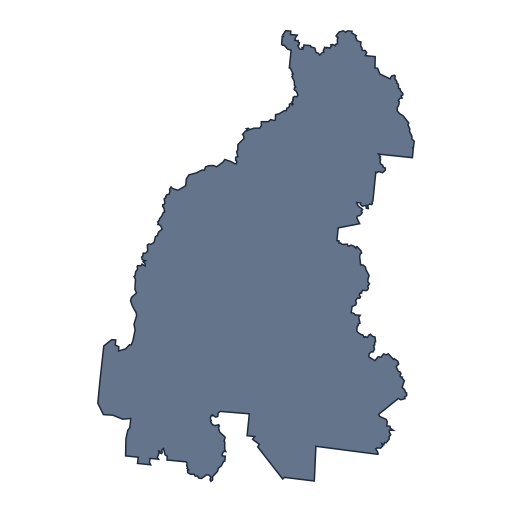 Tablelands, Queensland, Australia (orthographic projection)
{"feature_id": "25037944B5935933559707", "entity_name": "Tablelands", "entity_type": "district", "adm_level": 2, "iso_a3": "AUS", "parent_name": "Australia", "parent_adm1": "Queensland", "projection": "orthographic", "projection_center": [145.481, -17.834], "detail": "fine", "context": "isolated", "style": "filled", "palette": "slate", "viewbox_px": 512, "rotation_deg": 0, "n_neighbors": 0, "source": "geoboundaries", "source_scale": "gbopen_adm2", "svg_char_len": 6026}
<svg xmlns="http://www.w3.org/2000/svg" viewBox="0 0 512 512"><path d="M352.0,31.2L347.4,30.9L345.7,32.3L343.3,30.8L339.1,32.0L336.1,35.8L336.3,36.6L338.0,37.5L337.3,39.5L337.5,43.7L336.0,44.1L335.3,45.6L332.8,44.5L330.8,44.8L331.4,46.0L329.9,48.1L326.8,47.4L326.2,48.1L324.8,47.2L323.3,50.7L323.9,52.1L322.3,52.6L319.8,55.1L318.2,53.1L316.0,52.6L314.9,48.1L310.9,46.9L310.5,45.6L303.9,45.0L303.4,47.7L302.1,47.6L302.8,49.3L299.5,49.0L297.8,45.5L299.1,44.9L299.4,42.8L298.1,42.3L298.2,40.6L294.9,40.4L295.5,37.6L297.3,35.1L290.5,34.5L290.8,31.1L285.7,30.7L282.9,34.9L283.3,36.5L282.2,36.5L281.6,44.3L282.5,45.3L284.2,45.3L287.6,49.1L291.1,50.2L289.3,67.9L290.1,67.9L293.1,73.8L292.1,74.1L292.7,75.7L291.9,76.7L294.3,81.3L294.4,85.2L295.7,87.0L294.6,87.5L294.1,89.5L296.5,91.6L297.9,95.0L296.9,96.8L294.7,96.4L293.2,97.3L293.4,98.5L292.7,99.1L293.2,100.4L291.9,102.1L293.0,104.1L292.3,104.9L290.9,103.4L289.4,104.2L289.5,106.0L288.4,107.7L286.9,108.1L286.4,110.6L284.1,110.8L278.9,113.9L275.6,114.6L275.3,120.1L273.8,120.5L270.8,119.5L268.3,121.7L261.3,121.7L261.3,125.8L259.8,128.1L253.7,128.2L249.9,129.6L248.2,128.3L246.3,128.7L247.8,130.5L245.5,131.0L242.6,134.4L243.8,136.3L243.8,138.7L237.9,144.5L237.8,149.9L236.6,151.7L237.9,156.7L235.7,157.2L235.6,160.4L236.8,161.3L236.4,163.7L235.0,163.8L230.8,161.5L224.8,159.5L223.2,161.9L216.6,166.8L213.3,165.5L208.6,165.7L205.5,167.0L204.3,170.3L202.1,170.0L196.3,172.9L188.9,174.9L186.3,179.0L185.7,185.7L177.9,190.3L172.3,188.4L171.0,186.9L169.5,189.4L169.9,191.4L169.1,194.2L166.7,194.8L165.7,196.5L166.0,197.5L164.1,198.8L164.9,202.9L163.7,204.9L162.8,204.8L162.6,206.3L164.0,208.2L164.6,212.0L163.3,212.5L161.8,216.0L159.5,218.8L159.4,220.1L157.7,221.9L158.3,223.0L157.8,224.5L159.2,224.6L160.9,226.2L162.1,229.2L158.6,232.0L157.3,235.7L155.5,236.6L154.1,242.4L151.0,244.4L149.0,243.9L147.3,245.1L147.7,250.9L145.6,253.3L143.2,253.1L142.8,256.1L141.6,257.1L142.3,259.8L145.4,260.8L143.1,261.8L145.2,263.7L145.1,265.9L142.0,264.1L141.4,265.6L137.6,265.7L137.1,266.7L137.7,269.0L135.6,271.8L135.2,275.6L134.0,276.7L135.5,279.2L134.9,289.3L136.5,293.0L131.5,297.4L130.5,300.7L132.6,306.4L136.2,312.9L136.6,315.7L134.0,324.2L135.1,330.0L132.9,340.8L131.2,345.0L129.6,344.7L125.6,348.9L118.6,350.9L118.8,346.7L115.3,345.1L115.7,339.9L111.7,339.7L103.8,345.9L99.9,381.2L97.8,403.2L103.4,414.6L112.8,415.2L122.7,419.2L130.8,418.5L129.8,427.7L127.8,430.2L125.9,439.0L125.6,455.9L138.2,457.2L137.5,463.4L150.7,464.8L149.5,462.9L150.0,458.4L158.6,459.2L157.3,457.3L159.0,453.2L158.5,451.0L159.6,451.2L160.2,452.9L161.5,453.6L162.2,452.5L161.8,450.1L163.5,448.5L165.0,454.7L167.3,456.3L167.0,460.0L186.2,461.9L187.1,463.1L186.7,465.9L187.7,467.4L187.0,468.5L188.7,470.0L187.5,470.6L187.9,472.7L190.7,474.3L194.2,474.3L195.3,476.2L197.4,475.9L198.8,478.1L201.6,478.5L206.8,474.7L209.2,475.2L210.8,477.3L210.0,479.9L211.0,481.3L212.7,479.8L212.5,476.8L217.5,471.4L218.3,468.2L221.3,465.8L223.7,461.3L224.8,461.2L225.3,456.2L222.4,455.9L222.0,454.5L223.6,451.4L225.8,451.6L224.7,449.3L224.8,442.2L224.1,441.4L225.1,437.1L219.6,432.0L218.5,427.3L219.4,425.9L218.7,424.7L215.1,425.6L212.5,424.7L210.5,421.4L211.2,420.6L210.3,418.5L211.0,416.0L212.3,415.8L211.8,415.5L212.5,414.7L215.3,417.0L217.1,416.8L217.8,416.2L218.1,413.0L220.2,411.4L249.3,413.8L247.1,435.7L254.7,436.5L252.6,439.4L259.3,444.3L257.7,446.9L282.7,479.0L284.5,477.4L314.3,481.0L315.9,446.3L377.6,454.3L378.2,454.0L377.5,451.7L375.7,448.9L377.0,448.0L380.6,448.1L382.7,446.1L381.8,443.6L383.8,444.8L384.6,442.6L386.1,442.8L389.2,439.1L389.1,436.8L390.7,434.7L389.3,432.0L389.3,430.2L393.3,430.3L390.5,428.4L390.0,426.2L386.8,426.0L387.2,421.6L386.2,419.4L379.7,416.4L378.6,414.4L398.3,398.5L400.9,399.8L405.0,398.6L404.6,397.1L406.7,395.6L406.6,392.9L405.6,392.6L404.4,389.3L402.1,387.6L404.3,380.8L402.3,378.3L402.4,377.1L400.3,376.8L400.1,374.9L401.0,373.8L399.8,371.7L398.4,371.4L396.6,367.9L396.3,366.4L398.7,364.0L397.8,361.2L394.2,358.7L393.7,359.4L393.2,359.1L388.3,353.8L386.1,354.8L383.5,353.9L381.1,357.2L378.0,356.8L375.0,360.6L369.0,357.0L369.0,354.1L370.8,352.1L373.1,351.9L374.5,349.1L373.7,345.4L374.7,344.9L374.7,342.1L375.6,341.7L375.0,337.0L372.6,336.4L370.4,334.2L368.6,335.3L367.6,337.5L365.2,336.6L364.2,337.5L362.8,334.9L360.9,334.5L357.8,332.4L356.8,331.0L357.1,326.8L358.3,325.3L358.2,324.0L360.0,323.2L358.7,317.3L360.2,315.3L355.1,314.9L353.8,313.3L351.2,312.8L352.1,306.5L355.8,304.9L356.4,302.8L355.6,300.9L356.6,299.0L358.0,297.9L359.1,298.4L360.1,297.7L360.5,296.6L359.2,295.3L359.7,293.5L361.6,293.1L361.4,292.2L362.7,290.3L366.1,290.6L367.5,289.9L368.4,288.2L367.7,286.3L369.5,283.8L367.9,281.9L367.9,279.5L369.1,275.5L365.8,269.3L365.5,267.1L363.2,265.1L360.6,264.7L359.7,256.9L360.1,254.2L361.7,252.9L360.8,250.6L357.0,246.6L355.9,247.1L355.8,248.2L353.9,246.2L351.2,245.1L348.8,246.2L347.7,245.8L347.4,244.2L342.2,244.4L340.5,243.0L339.0,243.1L339.0,240.9L336.9,240.6L338.2,227.9L359.7,223.7L356.7,217.7L357.4,216.1L359.8,215.5L361.7,213.6L362.2,212.3L361.2,211.3L362.6,209.4L358.1,205.9L356.6,202.5L360.6,202.9L360.5,204.4L362.3,206.2L366.0,205.4L366.3,208.3L368.0,208.3L368.6,209.2L367.6,205.4L369.7,204.1L371.5,204.6L372.4,203.8L372.0,202.2L372.9,201.1L375.8,172.2L376.7,172.7L378.8,171.5L382.5,172.7L385.2,170.5L385.4,169.1L385.3,168.0L383.3,167.3L382.7,165.2L380.8,164.2L380.0,161.6L380.6,159.2L379.5,158.1L380.6,156.9L378.4,154.1L412.4,157.7L413.2,149.8L412.6,147.9L413.4,147.9L414.2,141.2L411.9,139.0L411.9,136.2L409.5,131.3L409.8,128.9L407.9,124.6L408.8,123.0L403.1,115.8L399.7,113.7L397.3,111.0L397.2,108.0L398.9,104.6L399.2,101.6L398.3,100.4L400.0,98.4L402.1,98.1L401.1,95.9L402.8,95.0L402.9,93.5L400.6,90.9L400.0,88.7L398.5,88.4L398.5,85.1L397.7,83.4L396.8,83.3L396.8,81.3L394.9,78.9L395.2,76.0L394.3,75.2L391.6,76.0L390.1,78.9L379.8,73.9L377.6,68.2L375.0,68.0L375.2,56.6L365.3,55.6L366.7,52.6L365.1,50.4L362.6,50.4L361.9,49.6L362.1,48.1L360.6,45.8L361.0,42.0L357.1,40.8L355.5,36.7L356.3,35.7L351.9,33.0L352.0,31.2Z" fill="#64748b" stroke="#1e293b" stroke-width="1.5"/></svg>